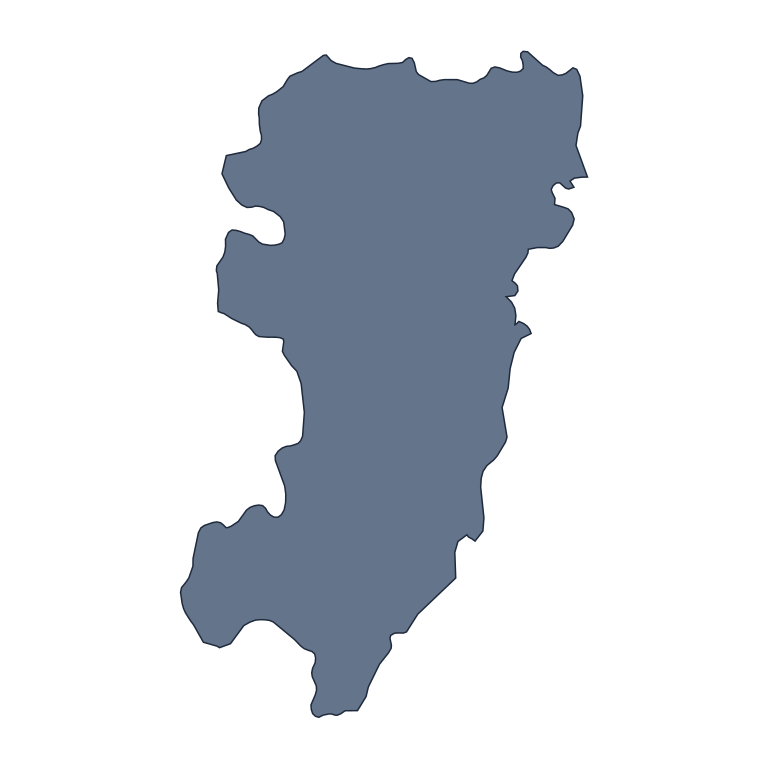 map outline of La Rioja (Natural Earth projection), rotated 88°
{"feature_id": "ESP-5828", "entity_name": "La Rioja", "entity_type": "Autonomous Community", "adm_level": 1, "iso_a3": "ESP", "parent_name": "Spain", "parent_adm1": "", "projection": "natural_earth1", "projection_center": [-2.502, 42.281], "detail": "fine", "context": "isolated", "style": "filled", "palette": "slate", "viewbox_px": 768, "rotation_deg": 88, "n_neighbors": 0, "source": "natural_earth", "source_scale": "10m", "svg_char_len": 3874}
<svg xmlns="http://www.w3.org/2000/svg" viewBox="0 0 768 768"><g transform="rotate(88 384 384)"><path d="M382.6,258.7L392.6,260.1L411.6,266.8L441.4,262.9L446.3,264.6L459.7,273.3L463.6,276.9L469.1,284.0L474.8,288.1L481.5,290.1L490.4,291.0L521.3,288.8L534.4,290.3L544.2,298.5L541.9,301.4L539.8,305.0L537.6,306.4L544.0,315.6L554.7,319.1L580.4,319.1L615.2,358.3L632.6,370.2L633.6,373.4L633.3,377.7L633.4,382.2L635.5,386.1L638.3,386.9L645.4,385.7L648.4,386.1L652.7,388.8L663.9,398.3L686.2,410.2L695.7,412.8L709.5,421.9L709.2,434.3L712.0,438.6L713.4,442.3L713.2,444.6L712.7,445.9L712.0,447.6L711.8,450.4L712.8,456.4L714.8,460.7L713.7,464.1L710.9,466.8L706.8,468.0L702.2,468.2L692.2,463.5L687.7,462.1L683.3,462.2L674.0,465.9L670.1,466.3L665.7,465.3L660.1,462.5L655.4,461.9L651.3,462.7L648.7,465.5L647.4,469.2L645.7,473.0L642.9,476.4L636.2,482.4L617.9,503.0L616.2,506.9L615.5,511.2L615.2,515.6L615.5,520.7L617.4,526.5L620.5,532.5L638.2,546.5L641.8,557.6L640.2,559.9L635.8,573.5L617.9,582.8L614.1,585.5L605.9,590.3L601.3,592.2L596.1,593.4L585.0,594.6L580.3,593.4L575.6,589.2L571.0,585.8L559.4,581.3L551.6,580.9L526.2,574.7L521.5,572.1L519.1,568.5L516.5,559.9L516.0,556.0L516.9,552.2L519.1,549.6L520.9,547.9L521.8,547.2L522.1,546.4L522.0,545.0L520.9,541.9L516.3,534.4L505.2,525.8L502.6,522.1L501.1,517.7L500.6,513.4L501.3,509.6L504.1,506.7L507.7,504.9L511.1,502.0L513.2,498.6L513.4,494.5L511.0,491.1L506.4,488.2L499.2,486.5L490.8,486.0L482.5,486.8L456.8,495.2L451.8,495.3L447.3,492.0L444.4,488.0L442.9,483.7L442.6,479.5L441.5,475.4L440.3,471.8L437.8,469.3L433.4,467.2L409.7,464.6L380.7,466.8L368.3,470.6L362.5,475.7L352.0,482.5L347.9,484.4L338.3,482.7L335.6,483.1L334.1,486.2L333.5,490.3L333.1,499.3L332.2,507.3L330.3,510.4L327.9,512.4L325.4,514.1L322.4,516.7L320.0,520.2L318.1,524.8L313.2,534.0L308.1,541.3L307.0,544.4L306.1,546.2L305.8,547.1L297.5,547.5L284.3,545.9L267.6,546.8L265.4,547.5L263.7,547.5L260.1,546.9L251.5,540.5L246.6,538.5L240.8,537.5L233.8,537.4L227.1,534.1L224.8,530.5L225.3,526.3L226.7,522.0L228.5,517.8L229.8,513.6L231.4,510.0L237.5,504.4L239.9,500.8L241.5,492.6L241.4,488.4L240.7,484.4L239.3,480.9L235.6,478.8L230.9,477.5L218.5,478.6L213.1,481.9L207.6,488.5L205.8,493.4L203.4,497.9L202.2,502.0L201.7,506.1L202.7,510.2L202.8,514.7L200.3,519.7L195.1,525.1L182.5,532.4L168.3,538.6L150.2,533.6L146.8,514.0L144.9,510.5L143.8,506.4L141.7,502.5L139.2,499.2L135.5,497.9L131.3,497.8L127.2,498.8L120.4,499.5L113.5,499.4L109.9,499.9L103.8,499.5L96.7,496.1L92.0,489.4L90.5,485.3L88.4,481.4L83.4,474.5L76.3,469.9L73.1,467.3L70.0,459.6L68.8,455.1L53.5,433.2L53.2,430.2L58.9,425.6L61.9,420.7L67.2,402.6L68.1,396.0L68.6,390.5L68.3,386.2L67.5,381.9L66.0,377.7L64.8,373.2L63.9,368.5L64.0,358.5L63.3,354.2L60.6,351.2L58.7,347.8L59.5,344.6L64.1,342.5L73.0,340.8L76.0,338.6L83.4,326.5L83.4,321.9L82.4,317.7L81.9,312.9L82.4,300.0L86.4,288.2L86.6,284.7L85.3,280.8L82.9,277.3L81.6,273.6L79.1,270.4L72.2,265.9L71.0,262.0L72.2,257.2L75.4,250.0L76.8,244.8L77.1,240.1L76.0,236.6L73.5,233.9L69.9,233.8L65.8,234.4L62.1,236.0L58.4,235.7L56.4,233.4L57.0,228.9L70.9,214.5L72.8,210.9L75.6,207.3L78.7,204.0L81.6,199.3L81.3,195.2L79.8,191.2L74.6,184.1L76.3,180.4L83.3,177.4L102.9,175.3L133.1,178.6L140.1,181.5L152.3,183.8L184.3,173.4L184.2,179.0L184.9,186.6L187.7,191.0L194.0,187.3L195.6,192.6L194.6,195.6L189.1,201.3L189.1,204.7L191.7,208.1L195.4,210.1L198.7,209.2L204.4,206.6L210.6,207.3L213.7,198.1L215.4,193.9L219.0,190.6L225.6,188.2L231.8,189.9L247.7,200.3L252.4,205.1L254.0,209.6L254.2,213.7L253.3,217.6L253.0,226.0L254.4,235.1L258.1,235.6L262.4,237.8L278.6,249.7L285.2,252.5L288.2,249.0L290.6,247.2L295.7,246.9L300.2,250.1L301.0,258.9L306.6,253.7L312.8,250.7L320.3,249.8L329.3,251.0L328.3,249.3L327.8,248.7L327.2,248.2L326.2,247.0L328.4,242.4L331.1,239.0L334.5,236.6L338.7,235.2L343.3,245.4L356.9,252.8L373.0,257.4L382.6,258.7Z" fill="#64748b" stroke="#1e293b" stroke-width="1.5"/></g></svg>